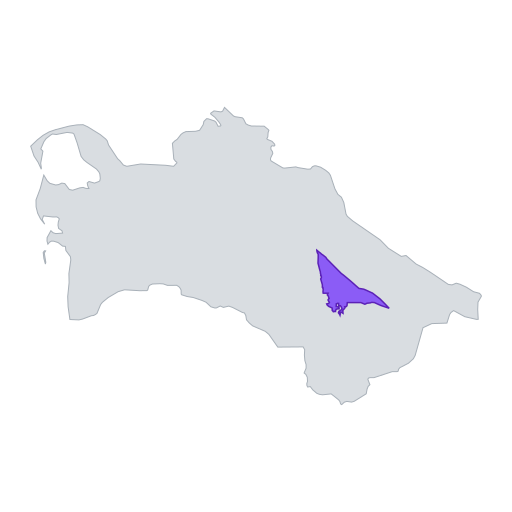 location of Bayramaly, Mary, Turkmenistan
{"feature_id": "10190150B73073283057167", "entity_name": "Bayramaly", "entity_type": "district", "adm_level": 2, "iso_a3": "TKM", "parent_name": "Turkmenistan", "parent_adm1": "Mary", "projection": "robinson", "projection_center": [62.199, 38.282], "detail": "fine", "context": "in_parent", "style": "filled", "palette": "violet", "viewbox_px": 512, "rotation_deg": 0, "n_neighbors": 0, "source": "geoboundaries", "source_scale": "gbopen_adm2", "svg_char_len": 5590}
<svg xmlns="http://www.w3.org/2000/svg" viewBox="0 0 512 512"><path d="M140.6,164.0L165.8,165.3L173.6,166.3L176.9,162.9L176.7,162.1L175.6,161.4L173.8,159.0L172.4,143.3L174.7,141.0L177.2,139.3L181.0,134.4L183.0,132.9L185.9,131.6L195.5,131.3L199.6,130.3L203.2,124.7L203.9,121.4L206.6,118.7L208.1,118.8L214.6,121.0L216.0,122.2L218.1,126.3L220.5,126.0L220.9,125.4L220.6,124.5L218.8,121.9L214.8,117.2L210.9,114.2L210.6,113.3L214.0,110.9L220.9,111.9L222.6,111.2L224.5,107.4L233.4,115.9L235.1,116.7L242.3,117.8L243.5,119.0L245.9,123.8L248.3,125.1L251.4,126.0L264.2,126.2L268.2,129.5L268.9,130.3L268.1,132.6L267.8,136.9L266.8,138.7L267.4,139.4L272.0,141.3L274.6,144.1L274.9,145.3L274.1,146.1L272.0,145.7L270.9,147.0L270.9,149.3L272.4,151.5L272.8,153.4L270.6,158.0L270.5,159.9L271.2,161.0L282.8,167.9L284.6,168.1L295.9,166.9L298.0,167.6L307.8,169.2L310.5,169.0L312.4,166.7L314.2,165.9L315.9,165.8L320.6,167.2L325.5,170.2L328.8,172.9L330.4,175.3L334.9,188.8L337.9,194.4L341.4,197.2L343.8,202.5L346.0,214.0L347.3,216.3L352.7,220.9L380.1,239.8L388.4,248.3L401.3,256.4L406.0,255.5L416.2,264.1L422.6,267.4L430.9,272.6L448.3,284.4L452.0,284.9L456.2,283.2L459.9,284.2L466.4,287.2L473.5,291.7L479.5,293.3L481.2,295.3L481.3,296.4L478.0,302.1L477.7,309.4L478.2,319.3L476.6,319.4L464.8,316.7L453.6,310.6L450.9,312.6L449.6,314.6L446.9,323.1L431.8,323.6L423.0,327.7L415.2,355.3L413.4,358.7L408.5,363.2L399.8,367.7L398.5,369.4L398.2,371.1L397.2,371.6L392.4,371.6L374.1,377.6L370.1,377.6L368.5,378.1L367.8,379.2L369.9,384.7L368.2,386.3L367.1,389.0L366.2,393.8L354.2,401.3L351.6,402.1L346.8,401.4L344.3,402.2L341.7,404.6L340.6,403.9L339.9,401.5L338.7,399.9L331.2,393.9L322.5,394.8L319.3,394.3L316.8,393.3L312.8,389.9L310.3,386.6L307.6,387.0L306.9,385.4L306.8,383.6L307.5,381.4L307.3,377.3L305.8,374.3L304.1,373.0L306.1,368.2L306.1,364.6L304.9,360.7L304.4,355.1L304.7,349.7L303.1,346.9L277.8,347.1L268.9,334.4L265.2,331.3L252.7,325.9L249.3,323.0L246.5,319.8L245.8,315.5L244.4,312.9L242.5,312.5L232.7,307.5L228.8,306.1L223.4,307.4L220.2,306.0L216.5,307.9L214.9,308.0L210.9,306.8L206.0,302.2L201.9,300.4L193.2,297.5L187.1,296.5L181.7,294.8L181.2,294.1L181.1,290.2L180.4,288.6L178.9,286.7L176.7,285.3L167.5,285.4L163.2,283.9L159.9,283.7L152.5,284.0L150.1,285.0L148.7,286.3L147.7,290.0L146.9,290.6L139.7,290.7L124.5,289.8L118.1,291.7L108.1,297.6L102.3,302.4L100.6,304.6L97.0,313.3L95.5,314.5L93.5,315.5L91.5,315.7L82.4,319.1L78.9,319.9L69.9,319.5L68.1,306.7L67.7,296.6L69.1,282.6L68.9,273.6L70.8,259.9L70.4,256.6L65.9,250.5L65.4,246.4L62.6,246.1L58.2,242.6L53.8,241.2L51.5,241.1L49.5,242.2L47.9,244.2L47.0,241.0L47.1,237.6L50.9,230.7L53.0,232.7L55.7,233.6L62.6,233.1L62.0,230.8L58.6,228.4L58.0,225.2L58.3,222.0L59.3,218.9L58.3,217.7L56.7,216.9L53.0,217.0L43.5,215.9L42.2,219.5L44.7,224.2L40.5,218.8L37.7,213.3L36.1,206.9L36.0,199.9L40.2,188.7L43.8,175.1L47.2,180.8L49.8,183.3L55.7,185.0L58.6,184.6L61.8,183.1L64.8,183.6L69.3,189.5L72.7,190.2L79.7,187.9L83.1,187.4L85.9,188.4L88.9,188.5L87.7,185.7L87.2,183.0L89.0,181.5L94.5,183.1L98.9,181.5L99.8,180.8L100.3,178.4L99.8,173.8L98.8,171.8L96.4,169.0L86.9,162.4L83.7,159.8L81.1,156.4L77.1,142.8L74.0,134.1L72.7,133.1L67.1,132.4L56.3,134.5L52.5,134.0L50.7,135.0L46.1,138.6L43.9,141.7L40.8,148.9L42.9,151.2L40.7,163.2L41.4,168.4L41.1,168.8L38.1,162.3L34.0,156.0L30.7,146.2L37.4,139.8L43.1,135.3L49.1,131.9L55.4,129.7L69.2,126.1L76.9,124.9L83.1,124.7L87.7,126.8L100.3,134.6L105.7,139.0L107.2,140.8L108.6,145.1L117.6,158.7L119.8,160.7L123.3,165.0L126.8,166.3L140.6,164.0ZM45.8,262.3L45.4,264.1L43.9,258.6L43.2,252.5L44.4,250.8L45.6,250.9L44.3,253.1L45.8,262.3Z" fill="#d9dde1" stroke="#a8b0b8" stroke-width="1"/><path d="M332.1,310.1L332.5,310.8L333.1,311.2L333.2,311.6L333.8,311.8L334.3,311.4L335.5,311.5L335.5,311.3L335.6,310.6L336.2,309.2L336.4,309.2L336.8,309.2L337.1,308.9L339.1,308.8L339.1,308.4L339.0,307.3L339.0,307.2L338.5,307.3L338.4,307.0L338.3,306.9L337.5,306.8L337.0,306.5L336.2,306.5L336.3,303.8L337.1,303.7L337.4,303.3L338.6,303.4L338.7,305.8L340.4,305.7L341.2,306.8L342.0,308.7L341.2,309.9L340.3,310.4L340.2,310.5L338.9,311.4L338.4,312.8L339.7,314.5L340.0,315.2L340.3,313.7L339.8,312.4L341.3,312.2L342.2,312.8L343.0,313.3L342.8,310.4L343.9,309.2L344.6,308.4L345.2,307.2L344.9,306.7L346.4,306.5L347.0,305.6L347.1,304.4L347.3,302.6L349.8,302.6L353.5,302.6L357.4,302.6L360.9,302.6L363.1,303.5L364.8,304.2L365.7,303.9L367.0,303.2L370.2,302.9L371.6,302.4L372.4,302.4L374.5,302.6L376.0,303.3L380.9,305.5L389.0,308.2L389.2,308.3L389.0,308.1L385.1,304.0L381.3,300.2L379.9,298.8L376.0,295.8L374.6,294.7L372.4,293.0L371.6,292.7L366.4,290.3L363.8,289.2L361.5,288.8L358.9,288.4L351.0,281.4L349.6,280.2L343.6,275.2L341.2,273.4L326.9,259.0L325.8,257.3L322.9,255.0L321.5,254.1L320.6,253.2L318.6,251.7L316.8,250.2L316.8,250.3L317.1,252.0L317.4,252.7L317.5,253.1L317.8,253.6L318.2,254.2L318.2,257.5L318.0,263.2L318.9,266.6L319.4,268.6L319.8,270.1L320.3,271.6L320.4,272.6L320.5,273.6L320.8,274.4L320.7,275.7L321.0,275.9L321.3,276.0L321.4,277.5L321.0,278.4L320.7,278.8L320.7,279.0L321.1,280.4L322.3,284.5L322.3,284.8L322.4,285.9L322.4,286.0L322.3,287.1L322.6,287.2L322.9,287.4L322.9,288.5L323.2,288.9L323.2,289.0L323.0,291.7L323.0,291.9L323.0,292.0L323.2,293.2L324.2,293.2L328.1,293.2L328.0,293.4L327.3,294.9L328.0,295.6L328.2,296.0L328.3,296.3L328.5,296.7L328.6,297.1L328.9,298.0L329.0,298.4L328.9,298.4L328.4,299.3L328.0,299.9L328.0,300.0L328.6,301.2L328.7,301.3L329.4,302.3L328.7,303.4L326.7,303.9L327.3,305.2L327.8,305.6L328.7,306.4L332.1,308.0L332.2,309.0L332.3,309.4L332.2,309.7L332.2,309.9L332.1,310.0L332.1,310.1Z" fill="#8b5cf6" stroke="#5b21b6" stroke-width="1.5"/></svg>